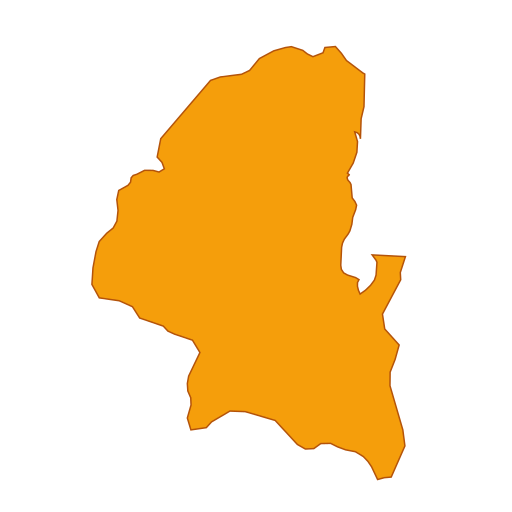 an SVG outline of Bursa, rotated 94°
{"feature_id": "TUR-2264", "entity_name": "Bursa", "entity_type": "Province", "adm_level": 1, "iso_a3": "TUR", "parent_name": "Turkey", "parent_adm1": "", "projection": "mercator", "projection_center": [28.985, 40.083], "detail": "fine", "context": "isolated", "style": "filled", "palette": "amber", "viewbox_px": 512, "rotation_deg": 94, "n_neighbors": 0, "source": "natural_earth", "source_scale": "10m", "svg_char_len": 1755}
<svg xmlns="http://www.w3.org/2000/svg" viewBox="0 0 512 512"><g transform="rotate(94 256 256)"><path d="M66.9,160.2L99.5,158.7L111.7,160.7L131.8,160.0L129.3,160.6L127.4,161.7L126.0,163.5L125.3,166.2L134.8,162.7L145.5,162.6L156.5,165.5L167.0,170.6L168.4,168.7L169.3,169.1L170.1,170.2L171.7,170.6L173.8,169.7L176.2,167.3L178.1,166.2L191.3,164.1L194.8,161.1L198.3,159.2L202.8,159.8L210.7,162.2L217.7,162.6L224.4,164.1L227.6,165.6L233.1,169.1L237.1,170.6L241.3,171.2L259.3,170.8L263.4,169.9L266.7,167.4L268.6,163.4L270.6,155.1L272.4,151.6L275.3,152.9L279.1,152.7L283.1,151.4L286.7,149.5L282.5,144.4L277.3,139.7L271.8,136.2L266.7,134.9L253.9,134.9L251.9,135.9L246.8,140.2L246.2,106.9L262.4,110.9L269.6,110.0L305.1,125.8L319.8,122.5L334.8,107.0L349.4,110.0L362.5,114.1L376.1,113.3L419.2,97.4L435.1,94.2L467.1,105.7L468.2,112.6L470.5,119.1L458.2,126.0L453.1,130.0L448.6,134.9L444.3,143.2L443.1,153.1L440.7,161.3L437.7,168.5L438.6,178.3L444.1,184.9L445.1,193.3L441.1,201.6L418.7,225.4L412.0,255.9L412.5,271.2L424.6,288.8L430.7,293.6L434.0,308.8L422.4,313.2L409.2,310.4L402.0,311.2L395.4,314.6L388.0,315.6L380.5,314.8L356.2,305.2L344.4,313.5L339.7,331.6L337.1,338.6L332.4,343.6L326.0,367.7L315.2,375.7L310.2,389.3L308.7,409.4L295.8,417.7L279.2,417.8L262.8,415.9L252.5,413.4L243.7,406.5L238.0,400.4L230.9,397.2L220.2,396.8L209.4,398.8L200.2,397.5L194.4,388.6L191.1,386.3L186.7,386.0L184.2,384.1L182.8,380.6L178.3,373.1L177.8,364.7L179.0,358.6L175.4,353.5L169.2,356.3L164.2,361.5L145.6,359.2L84.0,313.6L79.9,304.1L75.7,283.0L71.3,275.3L58.8,266.4L50.1,252.6L46.0,241.2L44.7,235.3L47.6,223.7L50.9,218.8L53.2,213.1L48.6,203.3L43.2,201.8L41.5,191.4L47.8,185.0L54.7,179.4L65.9,162.3L66.9,160.2L66.9,160.2Z" fill="#f59e0b" stroke="#b45309" stroke-width="1.5"/></g></svg>